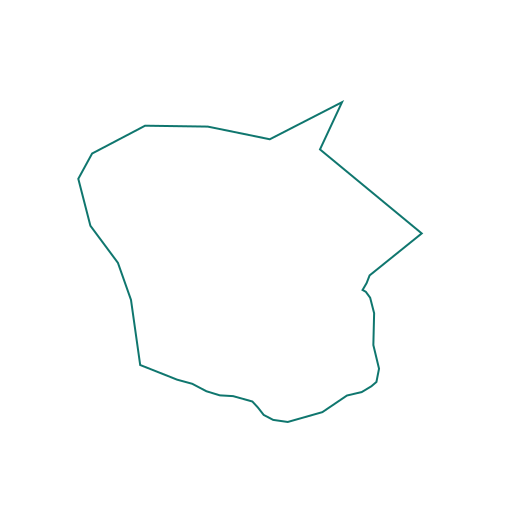 the Municipality of Pesnica, rotated 150°
{"feature_id": "SVN-976", "entity_name": "Pesnica", "entity_type": "Municipality", "adm_level": 1, "iso_a3": "SVN", "parent_name": "Slovenia", "parent_adm1": "", "projection": "natural_earth1", "projection_center": [15.715, 46.623], "detail": "fine", "context": "isolated", "style": "outline", "palette": "teal", "viewbox_px": 512, "rotation_deg": 150, "n_neighbors": 0, "source": "natural_earth", "source_scale": "10m", "svg_char_len": 591}
<svg xmlns="http://www.w3.org/2000/svg" viewBox="0 0 512 512"><g transform="rotate(150 256 256)"><path d="M346.7,426.7L286.9,424.3L233.1,392.2L185.7,350.2L104.6,346.2L147.3,316.3L101.2,192.7L167.3,182.4L173.8,177.2L180.7,173.3L178.8,170.1L178.0,162.8L182.3,147.4L198.9,120.2L205.8,96.9L214.7,86.7L221.2,85.5L232.4,85.3L247.0,89.7L276.6,87.6L311.5,96.4L323.1,105.5L328.8,114.5L330.1,123.8L331.9,131.8L345.9,146.1L357.0,153.4L366.6,163.7L375.1,177.2L386.2,188.4L410.8,219.5L386.2,280.5L379.0,319.1L384.3,365.0L371.3,411.7L346.7,426.7Z" fill="none" stroke="#0f766e" stroke-width="2"/></g></svg>